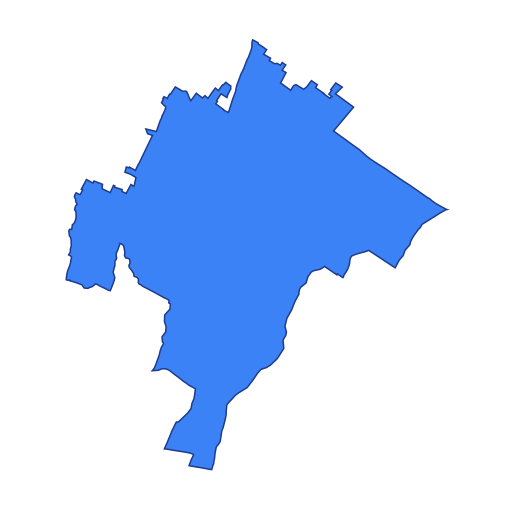 La Magdalena Tlaltelulco, Tlaxcala, Mexico (orthographic projection), rotated 93°
{"feature_id": "50627088B59456591358447", "entity_name": "La Magdalena Tlaltelulco", "entity_type": "district", "adm_level": 2, "iso_a3": "MEX", "parent_name": "Mexico", "parent_adm1": "Tlaxcala", "projection": "orthographic", "projection_center": [-98.191, 19.28], "detail": "fine", "context": "isolated", "style": "filled", "palette": "blue", "viewbox_px": 512, "rotation_deg": 93, "n_neighbors": 0, "source": "geoboundaries", "source_scale": "gbopen_adm2", "svg_char_len": 6024}
<svg xmlns="http://www.w3.org/2000/svg" viewBox="0 0 512 512"><g transform="rotate(93 256 256)"><path d="M82.9,178.7L79.0,185.4L86.0,190.1L86.6,189.1L90.6,191.7L92.8,188.6L93.8,189.8L94.6,190.5L90.4,197.0L90.1,196.7L84.8,205.3L81.7,203.7L78.0,209.8L78.6,210.2L81.6,212.3L84.0,213.9L85.1,214.9L87.0,217.1L82.8,225.0L83.9,227.4L88.7,230.1L81.8,240.6L80.6,239.9L77.7,238.5L73.7,236.7L71.3,235.6L69.2,239.6L63.7,236.3L61.4,239.9L64.2,241.6L62.6,244.9L63.0,247.5L60.1,253.0L57.7,251.8L54.1,258.9L49.4,256.2L47.1,259.7L44.1,264.9L42.9,265.1L40.3,270.6L41.9,271.0L43.5,271.2L47.3,271.1L48.1,271.2L49.5,271.4L50.3,271.6L52.9,272.4L55.1,273.1L56.5,273.5L58.1,274.0L58.7,274.4L59.8,274.9L61.4,275.5L64.2,276.4L66.8,277.2L68.8,277.9L71.5,278.9L74.7,280.4L80.8,282.3L83.5,283.1L85.8,283.9L88.1,284.4L89.9,284.7L92.4,284.9L93.2,285.1L94.6,285.6L97.5,286.5L101.6,287.8L111.9,290.4L114.1,291.2L114.0,291.4L112.1,295.8L111.8,295.9L111.6,295.9L106.1,304.2L103.6,302.6L102.8,303.4L95.9,299.4L99.3,293.3L97.2,292.9L92.5,290.9L90.4,289.9L89.0,290.1L87.5,290.1L85.7,293.1L84.1,295.2L84.2,295.4L86.8,297.4L86.8,298.2L87.7,299.0L92.8,302.2L90.4,305.4L94.6,308.2L95.4,308.7L101.1,312.2L98.5,315.3L101.0,317.7L98.2,321.8L96.6,324.1L101.3,327.2L103.8,328.8L104.4,329.3L101.6,330.9L99.1,332.0L95.8,333.6L95.0,334.6L95.1,335.2L95.2,336.6L95.2,337.1L95.2,337.7L95.2,338.2L93.5,341.2L91.4,345.4L99.1,350.1L98.9,350.8L102.9,352.7L103.2,352.8L101.7,356.2L102.0,356.4L103.9,357.3L104.3,356.8L107.9,358.4L108.7,357.4L110.4,355.8L111.3,354.4L111.9,354.0L112.8,354.0L114.4,354.4L116.1,355.0L118.1,355.8L119.3,356.3L120.3,356.9L121.5,357.3L122.4,357.5L122.9,357.5L123.5,357.6L123.8,357.8L124.7,358.4L129.3,359.8L136.9,362.0L134.9,372.7L139.6,370.6L141.0,365.7L169.9,377.8L170.5,378.3L175.3,380.3L176.9,380.7L173.8,387.2L174.6,387.6L173.9,390.2L179.2,391.3L180.9,385.7L183.9,380.0L189.0,380.8L191.6,381.2L192.8,381.7L191.1,384.6L196.2,387.0L196.7,387.3L200.2,388.8L198.7,393.2L196.6,393.2L194.8,400.7L193.3,400.7L192.9,402.0L200.3,404.9L197.0,412.9L196.3,413.3L195.4,413.2L194.3,413.1L193.6,413.1L192.5,413.0L192.2,413.7L189.6,421.7L191.7,422.6L189.3,427.6L188.5,429.3L198.5,434.0L199.2,432.5L204.0,434.9L202.3,439.0L204.5,440.1L205.8,440.5L207.3,440.0L208.6,439.2L211.3,438.8L213.5,437.2L215.4,438.8L218.0,439.4L219.4,439.5L221.3,438.1L226.3,437.7L229.6,438.1L233.1,439.5L234.3,441.0L238.5,441.4L239.1,441.5L239.0,443.3L240.1,444.1L241.4,444.2L243.3,443.8L245.8,443.4L247.1,442.1L248.2,441.8L250.1,441.5L253.2,441.2L255.6,441.0L259.0,441.8L261.8,441.6L264.7,443.2L265.8,440.9L267.0,440.1L269.8,440.7L273.3,441.0L276.2,441.8L279.3,442.9L281.9,443.6L285.7,444.1L289.6,444.3L290.0,443.2L289.9,440.8L290.4,440.8L292.0,434.3L292.9,431.4L294.0,428.2L296.6,426.3L297.0,425.8L297.1,422.4L297.1,422.0L296.4,421.1L295.1,417.9L292.1,414.5L293.9,410.9L294.2,410.3L295.9,406.1L298.0,401.4L298.3,399.8L297.0,399.3L294.8,398.5L290.8,397.2L287.8,396.3L284.9,395.9L283.2,396.5L279.5,397.9L278.1,397.5L275.8,397.1L273.1,396.4L270.2,396.5L268.5,396.6L266.9,395.5L265.5,395.0L264.3,395.3L262.8,395.7L260.2,395.6L257.5,394.4L255.4,393.9L251.1,392.5L250.6,392.5L251.0,391.1L252.4,388.9L254.2,388.4L256.2,387.9L258.4,387.3L259.6,387.1L262.2,387.4L263.6,386.8L264.8,386.0L265.1,383.4L266.0,382.0L267.8,381.6L270.5,381.6L271.8,382.4L272.9,382.3L274.3,381.8L275.8,380.3L277.7,378.8L279.7,377.4L280.5,377.1L281.6,376.9L282.6,376.8L282.8,376.2L283.3,374.6L283.9,373.3L285.0,372.4L285.9,372.1L287.7,372.2L288.9,372.1L289.6,371.7L290.3,371.1L290.4,370.6L290.9,369.1L291.7,368.3L291.9,367.9L292.1,367.7L295.1,361.0L300.6,349.4L302.2,346.3L303.3,343.5L304.7,340.6L307.5,340.6L308.2,339.0L313.6,339.2L319.6,344.1L326.2,344.0L331.3,342.1L336.6,342.2L341.5,345.6L346.6,345.0L347.6,344.0L348.7,343.9L349.8,344.5L350.6,344.9L350.8,345.0L351.9,345.6L355.5,346.7L359.7,347.4L361.9,348.0L370.3,350.6L372.7,351.4L373.7,352.0L375.5,353.2L376.0,353.6L375.6,350.5L375.4,348.6L375.1,347.3L374.4,345.8L373.9,344.9L373.5,343.0L373.4,341.7L373.6,340.0L374.0,338.2L374.6,336.8L375.4,335.6L376.4,334.2L379.3,330.0L383.1,324.4L384.8,322.1L386.8,318.8L388.1,316.9L389.0,315.4L391.7,309.6L396.2,309.9L401.5,310.4L406.5,312.2L411.8,312.9L416.6,316.2L425.1,324.2L426.3,326.0L425.9,326.6L426.3,327.1L433.2,330.0L434.2,330.5L436.0,331.2L437.8,331.7L443.4,333.7L446.9,334.9L453.4,337.4L453.4,336.5L453.6,334.3L454.4,327.6L454.6,325.9L454.7,324.8L455.3,319.1L455.6,316.3L455.9,314.0L456.1,312.4L456.2,312.0L456.3,311.4L457.0,309.2L457.3,308.4L457.6,307.9L460.5,309.0L463.5,310.3L466.6,311.2L468.9,311.9L469.0,311.3L469.7,305.4L470.3,299.8L471.7,289.1L469.9,288.6L467.5,288.1L465.5,287.4L463.0,287.3L460.6,286.8L455.3,286.6L449.6,285.8L448.1,285.3L446.8,284.1L443.3,282.1L438.5,281.6L432.4,281.0L428.9,279.8L420.9,278.2L416.4,277.5L412.1,277.6L407.2,277.4L405.7,277.2L396.1,269.2L393.5,266.1L387.8,257.9L380.0,252.5L373.1,248.4L369.0,245.1L366.8,239.6L364.4,236.1L357.3,229.3L346.8,223.4L338.6,224.6L333.6,222.1L330.4,221.6L324.7,223.4L316.6,221.9L308.0,217.6L303.9,216.3L298.8,214.5L297.0,213.6L294.7,212.6L292.2,211.2L290.1,211.2L287.6,210.9L285.0,209.8L282.6,207.1L280.3,204.7L279.7,204.4L274.0,203.1L269.2,200.0L267.7,197.7L265.9,191.3L264.8,189.6L263.5,187.7L262.8,187.0L263.4,186.1L270.6,174.2L269.6,173.7L272.8,168.7L273.0,168.0L271.8,167.4L270.8,167.3L269.3,166.5L266.9,165.0L264.2,163.7L259.7,162.3L254.0,161.9L251.1,160.6L250.6,159.6L249.4,157.3L247.8,153.0L246.2,147.8L245.5,146.1L244.5,143.7L252.4,130.2L259.5,118.2L259.9,117.6L260.5,116.4L252.5,112.7L248.0,109.1L242.6,107.5L236.5,102.8L233.8,102.5L232.3,101.8L230.7,101.2L226.4,98.8L221.2,95.4L218.7,93.2L217.4,92.6L215.9,92.1L205.0,76.6L204.4,75.7L202.3,72.7L199.8,68.6L199.6,67.7L199.2,68.9L194.8,78.1L193.1,81.0L192.7,81.5L191.6,83.3L190.2,84.9L189.5,85.9L188.8,87.6L185.9,92.3L183.1,96.7L176.7,107.1L173.2,113.2L169.9,118.7L167.1,123.3L161.8,131.7L158.2,138.3L153.8,145.9L153.1,147.0L150.5,150.7L144.4,158.3L139.4,166.2L127.1,185.1L116.1,176.8L102.2,166.3L95.6,176.4L89.8,185.2L82.9,178.7Z" fill="#3b82f6" stroke="#1e3a8a" stroke-width="1.5"/></g></svg>